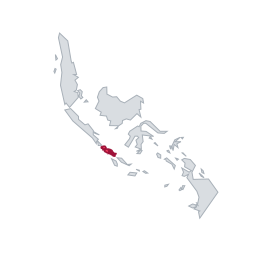 where Nusa Tenggara Barat sits in Indonesia, rotated 35°
{"feature_id": "IDN-555", "entity_name": "Nusa Tenggara Barat", "entity_type": "Province", "adm_level": 1, "iso_a3": "IDN", "parent_name": "Indonesia", "parent_adm1": "", "projection": "mercator", "projection_center": [117.655, -8.595], "detail": "fine", "context": "in_parent", "style": "filled", "palette": "rose", "viewbox_px": 256, "rotation_deg": 35, "n_neighbors": 0, "source": "natural_earth", "source_scale": "10m", "svg_char_len": 7147}
<svg xmlns="http://www.w3.org/2000/svg" viewBox="0 0 256 256"><g transform="rotate(35 128 128)"><path d="M87.1,106.6L91.3,112.3L97.6,111.5L100.8,108.9L106.4,110.4L110.7,109.4L116.3,96.1L123.2,95.4L126.4,98.6L122.9,98.9L127.8,105.2L126.5,106.6L132.3,111.7L127.1,111.1L125.4,120.1L121.4,121.5L119.2,125.0L120.6,127.5L119.1,131.5L111.5,136.6L109.8,132.1L106.8,133.1L103.5,130.6L97.8,133.6L97.0,130.4L90.1,130.8L88.8,122.6L85.3,120.3L83.7,114.7L84.4,109.2L87.1,106.6ZM17.5,89.5L28.7,91.2L43.1,105.8L44.8,107.0L45.6,105.5L55.2,113.6L52.8,115.4L58.3,115.0L57.1,119.2L61.6,121.4L63.9,126.5L63.0,129.0L66.6,127.9L69.7,131.4L68.3,144.6L62.9,143.1L62.8,145.0L48.2,131.7L42.0,120.4L36.5,114.7L33.7,107.4L19.2,93.9L17.5,89.5ZM238.5,129.0L238.5,160.7L233.8,156.2L234.4,154.8L228.5,156.4L229.4,153.2L227.8,151.6L228.3,151.3L229.3,151.4L229.8,151.3L227.1,150.0L228.3,149.6L225.8,143.9L220.7,140.3L204.7,134.9L204.1,131.2L201.9,135.3L199.6,136.0L198.8,132.3L195.0,129.9L203.4,129.1L204.4,126.6L196.6,127.3L194.8,124.0L190.3,123.3L191.6,120.6L197.1,118.1L204.7,120.0L205.8,127.6L210.9,132.7L223.2,123.6L238.5,129.0ZM160.8,111.6L155.3,114.9L140.0,113.9L138.1,115.1L137.5,119.1L140.4,123.0L144.8,120.4L153.8,120.2L143.7,125.5L148.2,130.5L148.1,133.9L151.1,137.7L144.8,139.4L145.0,136.2L141.5,133.4L142.3,129.7L140.3,129.3L138.4,130.7L139.3,143.5L135.0,143.6L135.4,135.9L134.6,133.4L131.7,132.8L131.3,129.6L134.8,120.8L136.4,120.6L135.8,116.8L138.5,111.7L142.4,110.0L156.2,112.3L161.9,108.3L160.8,111.6ZM69.9,145.0L80.8,146.9L82.5,149.3L90.9,150.1L92.9,147.5L101.1,150.0L103.4,153.5L110.2,154.2L110.0,157.2L111.0,159.0L104.6,156.6L78.8,153.9L65.9,149.5L69.9,145.0ZM174.5,112.3L179.2,108.8L177.1,112.9L180.2,115.4L175.3,115.0L177.9,120.7L174.3,117.6L173.1,110.9L176.0,105.8L174.5,112.3ZM176.8,130.3L188.3,131.6L189.4,135.1L184.7,132.5L178.3,133.1L176.5,131.7L175.4,133.3L176.8,130.3ZM150.6,158.2L142.2,159.8L136.2,158.6L140.1,156.4L148.4,158.3L151.3,155.7L150.6,158.2ZM126.3,155.9L132.0,156.7L133.0,158.5L121.7,160.1L123.5,157.0L127.4,158.8L128.6,158.1L126.3,155.9ZM161.0,159.8L161.2,163.3L154.8,166.5L155.1,163.1L161.0,159.8ZM69.7,124.5L71.3,128.3L73.5,128.9L72.7,131.3L69.5,130.1L68.5,127.0L65.3,126.3L66.9,124.0L69.7,124.5ZM226.7,156.5L222.5,157.1L224.6,153.1L227.9,152.2L228.9,153.7L226.7,156.5ZM137.2,161.9L139.9,163.6L141.1,165.5L138.4,166.2L132.1,162.6L137.2,161.9ZM170.3,131.3L172.1,134.0L169.5,134.9L166.4,133.0L166.6,131.4L170.3,131.3ZM110.4,156.0L116.4,157.2L113.7,159.4L110.4,156.0ZM119.8,156.2L120.7,159.5L117.2,159.1L119.8,156.2ZM80.2,129.5L77.3,131.9L77.6,128.8L80.2,129.5ZM207.6,142.7L208.3,146.9L207.0,147.1L205.8,144.0L207.6,142.7ZM108.5,150.1L104.0,151.4L102.0,150.7L108.5,150.1ZM152.5,138.4L152.6,142.2L150.0,143.8L151.0,138.8L152.5,138.4ZM26.4,109.5L30.5,111.7L30.0,113.7L26.4,109.5ZM36.5,125.0L34.9,124.2L34.1,121.1L35.4,121.0L36.5,125.0ZM191.9,155.2L191.0,153.7L193.4,150.9L193.3,153.4L191.9,155.2ZM187.2,116.8L192.0,117.8L186.6,117.4L187.2,116.8ZM158.5,124.4L162.9,125.5L158.1,125.4L158.5,124.4ZM150.5,140.3L148.2,142.2L150.2,138.8L150.5,140.3ZM211.5,119.6L214.0,119.9L216.3,121.7L214.1,122.1L211.5,119.6ZM170.0,153.6L168.4,155.0L165.2,155.1L166.0,153.6L170.0,153.6ZM207.4,147.6L206.4,149.6L205.3,149.5L205.4,146.4L207.4,147.6ZM176.6,124.4L173.7,124.8L172.9,124.1L174.1,122.9L176.6,124.4ZM212.0,124.1L215.5,124.4L218.8,125.1L215.6,125.6L212.0,124.1ZM151.2,122.1L154.1,123.4L151.1,124.1L151.2,122.1ZM178.8,105.7L176.9,105.3L178.7,103.9L178.8,105.7ZM158.3,157.2L161.6,156.1L162.0,156.8L158.3,157.2ZM187.2,124.6L186.7,126.3L184.2,125.4L185.5,124.9L187.2,124.6ZM119.4,134.6L118.1,135.8L119.1,132.1L119.4,134.6ZM173.7,118.0L175.3,120.3L174.7,120.7L172.4,118.8L173.7,118.0Z" fill="#d9dde1" stroke="#a8b0b8" stroke-width="1"/><path d="M133.3,158.2L133.3,158.3L133.2,158.3L133.2,158.5L133.3,158.6L133.2,158.7L133.1,158.8L132.9,158.8L132.7,158.8L132.3,158.9L132.2,158.9L132.0,158.6L131.9,158.6L131.6,158.7L131.4,158.7L131.2,158.7L131.0,158.8L130.9,158.9L131.0,159.0L131.5,159.0L131.9,159.1L132.0,159.1L132.1,159.3L131.9,159.4L131.7,159.3L131.3,159.2L131.2,159.1L130.7,159.1L129.8,159.4L129.5,159.4L129.4,159.1L129.5,158.8L129.6,158.7L129.6,158.4L129.5,158.1L129.4,158.1L129.4,158.4L129.4,158.5L129.2,158.5L129.0,158.8L128.9,158.9L128.9,159.0L128.3,159.4L128.2,159.5L128.0,159.4L127.9,159.3L127.7,159.4L127.5,159.5L127.0,159.8L126.9,159.7L126.8,159.8L126.8,159.7L126.7,159.6L126.5,159.8L126.4,159.8L126.3,159.7L126.2,159.6L125.9,159.8L125.4,160.1L125.2,160.2L124.6,160.4L124.3,160.4L123.8,160.2L123.6,160.2L123.4,160.4L123.3,160.5L123.0,160.6L122.7,160.6L122.4,160.4L122.2,160.4L121.8,160.3L121.7,160.3L121.6,160.2L121.4,160.0L121.4,159.9L121.5,159.7L121.4,159.6L121.5,159.4L121.6,159.2L121.8,159.2L121.7,159.0L121.7,158.8L121.6,158.6L121.7,158.1L121.9,158.0L121.9,157.9L121.9,157.7L122.0,157.8L122.6,157.6L122.8,157.5L123.1,157.3L123.3,157.2L123.2,157.1L123.4,157.0L123.5,157.0L123.6,156.9L123.7,157.1L123.9,157.1L124.0,157.1L124.2,157.3L124.4,157.4L124.8,157.6L124.7,157.5L124.8,157.3L124.8,157.2L124.9,157.3L125.2,157.2L125.3,157.2L125.4,157.3L125.5,157.6L125.6,157.4L125.7,157.8L125.8,157.8L126.1,158.0L126.3,158.0L126.2,158.1L126.3,158.1L126.5,158.3L126.4,158.3L126.4,158.6L126.5,158.7L127.0,158.6L127.0,158.8L127.3,158.8L127.5,158.8L127.7,158.6L127.8,158.5L127.8,158.4L128.1,158.4L128.3,158.4L128.7,158.4L128.8,158.4L128.9,158.2L128.7,158.0L128.6,157.9L128.6,158.0L128.4,157.9L128.2,157.7L127.9,157.4L127.7,157.4L127.5,157.5L127.4,157.5L127.3,157.4L127.2,157.3L126.9,157.1L126.6,156.9L126.4,156.6L126.2,156.4L126.1,156.2L126.3,155.9L126.5,155.8L127.0,155.6L127.3,155.6L127.5,155.7L127.9,155.7L128.1,155.8L128.3,156.0L128.4,156.3L128.6,156.6L128.7,156.8L128.8,156.9L129.0,157.0L129.3,156.9L129.4,156.7L129.6,156.6L129.7,156.4L129.9,156.4L130.1,156.5L130.3,156.5L130.6,156.6L130.9,157.0L130.8,157.4L130.7,157.8L130.8,157.8L130.9,157.7L131.0,157.5L131.0,157.4L131.0,157.1L131.0,156.9L131.3,156.7L131.7,156.6L131.9,156.6L132.1,156.6L132.3,156.7L132.3,156.8L132.4,157.0L132.4,157.3L132.6,157.5L132.5,157.9L132.5,158.1L132.5,158.3L132.9,158.3L133.0,158.3L133.0,158.2L133.1,157.9L133.2,158.0L133.3,158.2ZM120.9,156.5L121.1,156.6L121.3,156.8L121.4,157.1L121.2,157.4L121.2,157.5L121.1,157.9L121.1,158.0L120.9,158.2L120.8,158.3L120.5,158.8L120.4,159.0L120.3,159.3L120.5,159.3L120.6,159.6L120.4,159.6L120.1,159.7L119.9,159.7L120.0,159.5L120.1,159.3L119.9,159.3L119.8,159.9L119.7,159.8L119.7,159.7L119.4,159.6L119.2,159.7L118.9,159.6L118.7,159.5L118.4,159.5L118.2,159.6L118.2,159.4L118.0,159.5L117.9,159.6L117.8,159.4L117.7,159.4L117.2,159.2L117.0,158.9L117.1,158.7L117.2,158.8L117.3,158.7L117.3,158.9L117.6,158.9L117.8,158.8L118.0,158.9L118.3,158.8L118.1,158.7L118.2,158.3L118.2,158.0L118.1,157.7L118.0,157.4L118.1,157.2L118.3,157.2L118.7,156.8L119.1,156.4L119.7,156.2L119.9,156.3L120.2,156.4L120.4,156.4L120.6,156.5L120.9,156.5ZM125.9,155.9L126.0,156.0L125.9,156.2L125.8,156.3L125.7,156.4L125.4,157.0L125.1,157.0L125.0,156.9L125.1,156.6L125.0,156.4L125.0,156.2L125.3,155.9L125.9,155.9ZM132.8,155.8L133.0,156.0L133.0,156.3L132.9,156.4L132.7,156.5L132.4,156.3L132.4,156.1L132.5,155.9L132.8,155.8Z" fill="#f43f5e" stroke="#9f1239" stroke-width="1.5"/></g></svg>